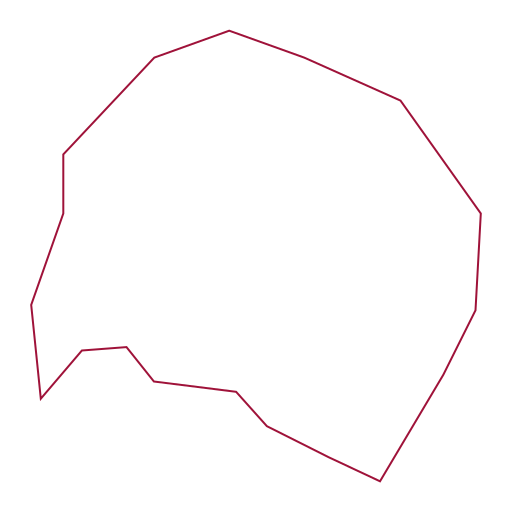 Dyo Potamoi, Cyprus (Mercator projection)
{"feature_id": "46923920B69592041186855", "entity_name": "Dyo Potamoi", "entity_type": "district", "adm_level": 2, "iso_a3": "CYP", "parent_name": "Cyprus", "parent_adm1": "", "projection": "mercator", "projection_center": [33.085, 35.242], "detail": "fine", "context": "isolated", "style": "outline", "palette": "rose", "viewbox_px": 512, "rotation_deg": 0, "n_neighbors": 0, "source": "geoboundaries", "source_scale": "gbopen_adm2", "svg_char_len": 347}
<svg xmlns="http://www.w3.org/2000/svg" viewBox="0 0 512 512"><path d="M380.0,481.3L443.3,374.8L475.5,310.3L480.8,213.5L400.5,100.6L304.2,57.6L229.2,30.7L154.3,57.6L63.3,154.4L63.3,213.5L31.2,304.9L40.8,398.7L81.9,350.5L126.5,347.1L153.9,381.5L236.1,391.8L266.9,426.2L328.6,457.2L380.0,481.3Z" fill="none" stroke="#9f1239" stroke-width="2"/></svg>